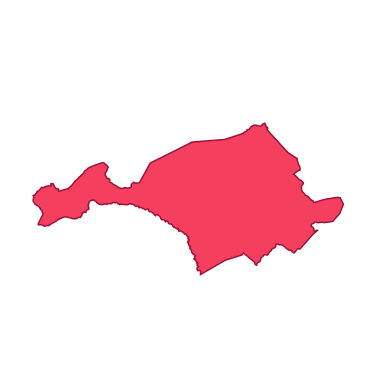 outline of Morro do Chapéu, Bahia, Brazil, rotated 294°
{"feature_id": "56859067B34698024816955", "entity_name": "Morro do Chapéu", "entity_type": "district", "adm_level": 2, "iso_a3": "BRA", "parent_name": "Brazil", "parent_adm1": "Bahia", "projection": "natural_earth1", "projection_center": [-41.297, -11.376], "detail": "fine", "context": "isolated", "style": "filled", "palette": "rose", "viewbox_px": 384, "rotation_deg": 294, "n_neighbors": 0, "source": "geoboundaries", "source_scale": "gbopen_adm2", "svg_char_len": 6068}
<svg xmlns="http://www.w3.org/2000/svg" viewBox="0 0 384 384"><g transform="rotate(294 192 192)"><path d="M120.0,233.3L143.4,250.3L155.0,263.5L156.2,263.5L157.0,264.0L157.0,265.2L156.3,266.8L155.7,269.5L155.0,271.3L154.7,273.2L153.8,275.9L153.6,277.1L151.6,279.1L151.4,280.0L151.5,280.9L153.4,280.5L154.8,281.3L155.9,282.3L156.7,282.4L159.9,281.9L160.6,282.1L161.8,282.9L162.6,283.0L163.9,283.4L164.5,283.9L164.8,285.9L165.2,286.7L166.0,286.7L168.9,287.2L169.5,287.6L171.0,288.3L172.6,288.2L174.6,290.1L175.5,290.5L176.2,290.6L178.0,290.1L178.9,290.2L179.3,290.9L179.1,292.5L179.3,293.2L179.8,294.0L180.2,296.0L180.1,296.9L179.2,300.5L178.7,301.5L178.5,303.1L178.2,304.1L178.9,305.0L179.0,305.7L178.6,307.1L178.1,307.6L178.1,308.8L177.8,309.8L178.1,310.3L179.0,310.4L179.9,310.8L181.8,311.0L183.1,311.5L183.4,312.3L183.5,313.2L184.2,314.0L202.7,319.7L207.9,322.2L207.7,321.4L207.2,321.0L206.1,320.4L206.1,319.7L206.3,319.2L207.2,318.8L208.5,317.6L208.9,316.8L209.2,315.0L210.6,314.1L212.0,314.9L212.8,315.9L214.4,316.3L215.0,316.9L215.3,319.8L215.6,320.5L216.3,320.9L216.9,322.5L217.4,323.2L217.7,325.0L222.3,332.5L232.4,335.7L242.4,335.3L247.0,329.7L246.4,327.2L239.2,316.2L232.8,308.7L231.9,307.1L233.1,306.2L233.3,303.6L233.7,302.6L235.0,300.2L235.2,299.3L235.0,296.7L235.6,296.2L236.2,295.2L236.7,293.5L237.2,292.9L237.8,291.8L238.7,291.2L241.5,289.8L243.2,289.8L244.8,290.3L245.8,289.8L247.0,286.8L246.9,284.9L247.3,283.5L247.9,282.9L248.8,280.4L249.4,277.6L250.5,278.2L251.4,278.3L252.2,279.0L253.5,279.5L254.8,280.5L255.7,281.5L256.3,281.8L258.2,280.6L259.6,279.5L260.0,278.6L260.6,277.9L264.6,274.7L265.3,274.4L267.0,263.7L279.2,235.6L279.6,234.8L281.0,235.3L281.5,234.9L281.8,234.3L281.6,233.5L281.8,232.6L282.4,232.6L283.1,232.2L283.5,231.3L284.5,230.6L283.3,229.6L282.7,228.9L282.1,228.6L281.5,229.1L280.8,228.7L279.8,227.4L279.0,223.2L278.0,221.1L277.2,220.4L275.3,219.3L274.2,219.2L273.5,218.8L272.5,218.7L271.7,217.9L271.0,216.9L269.9,216.9L268.9,216.5L268.5,215.9L267.1,215.0L266.2,214.8L253.3,200.5L237.6,171.7L233.4,168.4L201.5,142.1L180.1,140.3L179.1,140.0L178.5,139.5L177.7,138.1L177.5,137.4L177.1,136.8L177.3,135.0L175.2,133.8L173.9,133.5L173.2,133.7L172.2,134.5L171.0,134.1L170.2,133.1L169.4,131.7L169.1,130.8L169.0,129.8L168.7,128.9L168.3,128.4L167.1,127.4L166.1,124.3L166.4,121.8L166.9,119.7L166.9,117.2L167.5,115.2L167.6,113.5L168.2,112.2L169.5,112.1L170.2,111.3L170.4,110.1L169.9,109.3L170.1,108.4L171.5,107.0L171.7,106.1L173.8,105.0L176.4,105.6L178.9,105.3L180.4,105.5L181.7,103.5L181.9,102.8L181.9,101.3L182.7,100.4L182.7,99.2L182.2,98.0L175.3,90.7L171.7,87.5L169.8,86.8L167.8,85.6L166.4,85.2L165.6,85.3L164.2,84.9L160.5,83.3L159.8,82.8L158.3,82.6L154.7,80.8L150.5,79.9L144.8,77.6L138.4,69.9L138.9,69.3L139.5,69.1L140.1,69.1L140.5,68.4L140.0,67.4L139.8,66.4L140.1,65.5L140.7,64.6L141.3,64.1L141.9,62.9L142.7,62.5L143.1,61.6L142.3,59.8L141.7,59.8L141.1,60.4L140.0,60.6L139.6,60.0L139.2,58.4L138.7,57.8L138.4,57.0L138.0,56.5L137.4,56.4L136.6,55.0L135.8,54.8L135.4,53.9L135.1,52.8L134.2,52.4L132.2,52.0L131.2,51.7L130.5,51.3L129.9,50.5L129.1,50.3L128.4,50.5L126.9,50.0L125.5,49.9L124.2,48.3L122.7,49.6L120.4,50.0L119.1,50.6L118.0,52.2L117.5,52.7L117.1,53.5L116.6,56.2L116.7,56.9L116.5,57.9L116.0,58.5L114.8,60.8L114.3,61.1L114.3,61.8L113.9,62.5L113.4,63.0L112.7,63.4L112.3,64.1L111.7,64.6L110.9,64.9L103.5,64.5L100.0,64.5L99.5,65.3L100.4,66.6L100.8,67.9L101.0,70.3L100.6,71.1L102.4,73.2L102.6,74.3L103.4,74.6L103.8,75.4L106.9,77.0L107.3,77.8L108.8,78.7L110.0,79.7L112.0,80.7L112.7,81.5L113.5,81.7L114.9,83.4L116.3,84.2L117.0,85.3L117.7,85.9L118.1,87.2L118.1,88.2L118.7,89.8L119.0,93.1L119.6,95.6L120.2,96.1L120.8,97.7L121.9,97.8L122.6,98.3L123.3,100.4L124.6,100.5L125.2,100.9L126.0,100.9L126.8,100.4L127.4,100.4L128.3,101.0L129.0,100.7L129.6,101.3L130.3,103.3L130.8,102.8L132.9,103.3L134.0,104.7L135.5,104.4L135.9,103.8L137.2,102.8L137.8,102.9L138.3,102.4L139.6,102.4L140.6,102.0L142.6,102.6L143.1,103.0L143.4,104.0L144.2,104.3L144.8,106.1L144.5,106.8L144.2,108.3L143.5,109.3L143.5,110.3L143.1,112.2L143.1,113.1L144.1,115.3L144.6,116.2L145.2,116.7L146.0,118.1L146.0,119.1L147.4,120.6L148.7,123.3L150.1,123.8L150.4,124.5L150.9,124.9L150.7,125.7L151.1,126.7L151.7,127.2L151.6,128.3L151.1,129.1L151.4,130.1L151.1,131.2L151.8,131.7L152.1,132.4L152.1,133.1L152.7,133.6L152.8,134.7L153.9,137.9L154.5,138.4L154.7,139.0L156.2,139.6L156.0,141.4L156.5,141.7L156.8,143.8L156.7,144.5L156.1,145.3L156.2,146.4L156.5,147.5L156.9,148.4L156.8,149.1L157.3,149.5L156.8,149.9L156.2,150.0L157.0,151.5L157.1,152.3L157.0,153.9L157.1,154.9L156.7,156.0L156.9,156.9L157.4,157.5L158.3,158.0L158.6,158.7L158.4,159.3L157.8,159.5L156.9,160.5L156.7,161.4L157.4,162.5L157.2,163.5L156.9,164.1L156.9,165.1L156.4,165.8L156.3,166.6L155.8,167.5L155.6,168.4L156.4,168.3L157.0,168.7L157.1,169.8L157.0,170.6L156.6,172.5L156.2,173.3L154.9,174.5L154.4,175.4L154.7,176.5L155.2,177.1L155.1,178.1L154.7,179.0L153.9,179.8L154.4,180.2L155.2,180.1L155.3,180.7L155.3,181.8L154.9,182.4L154.2,182.8L153.7,183.6L153.7,184.6L153.9,185.3L154.4,186.1L154.2,187.1L153.6,187.9L152.8,188.5L152.4,189.3L152.7,190.1L152.4,190.7L152.6,191.5L152.2,193.6L152.8,193.5L153.0,194.4L152.6,195.2L151.8,195.3L151.2,195.6L150.9,196.2L151.7,197.2L151.6,199.9L151.5,200.9L150.8,201.7L150.5,202.4L151.0,203.0L151.3,203.6L150.3,204.5L150.4,205.1L149.8,205.6L149.4,206.3L149.5,207.3L148.7,207.4L147.9,207.1L147.5,207.7L147.3,208.5L146.8,208.8L146.8,208.2L146.2,208.5L145.6,208.3L145.0,208.7L144.3,208.4L143.3,209.9L142.2,210.8L141.6,211.7L141.9,212.4L141.3,212.9L139.9,212.6L139.2,213.4L139.2,214.4L138.6,214.7L138.2,215.5L137.0,216.0L136.4,216.9L136.1,217.8L135.7,218.3L136.1,219.1L135.5,219.3L135.6,220.3L135.1,221.2L134.6,221.3L134.1,220.8L132.7,221.6L132.2,221.0L131.6,220.9L131.1,222.8L130.7,223.7L130.0,224.2L129.7,225.0L129.7,225.7L128.8,225.6L128.8,226.5L127.2,226.3L127.1,227.6L126.6,228.3L125.3,227.6L124.7,227.5L124.0,227.7L123.0,228.5L122.5,229.2L122.7,229.9L123.1,230.4L123.3,231.0L123.4,231.8L122.9,232.4L122.3,232.6L121.6,232.6L120.0,233.3Z" fill="#f43f5e" stroke="#9f1239" stroke-width="1.5"/></g></svg>